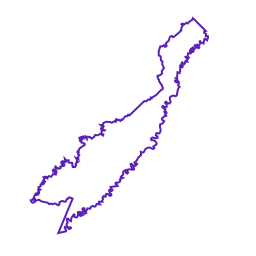 outline of San José Del Guaviare, Guaviare, Colombia, rotated 135°
{"feature_id": "7082276B34884302801431", "entity_name": "San José Del Guaviare", "entity_type": "district", "adm_level": 2, "iso_a3": "COL", "parent_name": "Colombia", "parent_adm1": "Guaviare", "projection": "albers", "projection_center": [-71.872, 2.469], "detail": "fine", "context": "isolated", "style": "outline", "palette": "violet", "viewbox_px": 256, "rotation_deg": 135, "n_neighbors": 0, "source": "geoboundaries", "source_scale": "gbopen_adm2", "svg_char_len": 5906}
<svg xmlns="http://www.w3.org/2000/svg" viewBox="0 0 256 256"><g transform="rotate(135 128 128)"><path d="M206.5,95.6L204.0,96.4L201.8,93.9L201.7,95.6L200.6,96.4L198.2,93.9L197.7,94.9L195.9,95.3L195.2,96.9L193.3,97.1L192.9,95.6L192.3,95.3L190.4,96.8L189.2,96.1L188.7,92.7L187.2,92.3L186.5,93.2L187.0,94.6L185.6,97.3L184.7,97.4L184.6,95.3L183.3,94.9L182.6,95.3L182.9,96.4L182.0,98.6L176.3,94.3L176.0,94.8L176.3,97.3L175.8,97.9L174.9,97.8L174.0,96.5L171.9,95.9L171.1,95.9L170.0,97.4L167.0,96.4L167.9,98.0L167.6,98.6L164.8,98.4L163.5,99.1L163.0,100.1L161.6,100.5L159.9,100.1L161.1,97.3L160.8,96.4L159.3,96.5L159.1,98.1L158.1,99.1L155.6,97.3L154.6,95.5L153.0,94.5L152.5,95.2L153.3,97.9L151.6,100.7L150.9,100.4L150.9,96.6L148.4,95.9L146.0,96.5L148.2,96.6L148.5,97.7L147.8,99.1L145.7,98.7L141.3,99.9L138.0,99.6L135.8,102.0L135.0,100.2L134.0,99.8L130.3,100.8L127.9,100.0L126.5,98.9L125.5,96.1L124.6,95.2L123.6,95.2L123.1,97.0L119.6,96.3L118.6,96.9L118.1,99.1L118.3,101.0L120.0,102.7L119.3,104.2L117.5,104.0L115.0,100.5L114.1,100.1L113.1,101.1L113.5,103.1L112.5,104.0L111.3,104.1L109.9,102.1L108.1,102.3L106.3,103.5L104.5,106.4L102.6,107.9L100.4,106.8L97.6,107.2L98.1,109.7L97.4,110.7L94.7,110.7L92.4,109.7L92.3,111.2L90.2,111.3L89.7,111.9L89.8,112.7L91.0,113.0L90.9,113.8L88.5,114.6L89.0,118.4L88.5,119.0L87.5,118.8L87.2,116.2L85.8,115.6L83.8,117.5L84.1,119.2L83.3,120.0L82.5,119.7L82.2,117.0L81.2,116.0L79.4,116.3L78.1,118.9L76.5,120.1L74.8,119.8L72.7,118.6L71.9,116.8L70.4,116.6L66.4,119.4L64.1,120.6L62.4,120.6L62.3,122.8L60.1,123.8L59.4,124.9L59.7,125.9L60.6,125.2L61.4,125.8L61.8,127.4L61.2,128.3L59.1,127.1L58.3,128.2L58.8,129.6L57.2,129.3L53.6,132.4L52.6,130.4L51.9,131.2L50.7,131.4L47.5,134.8L46.9,132.7L46.1,132.5L45.1,133.6L46.3,134.4L46.4,135.0L43.3,136.1L43.2,133.4L42.0,133.5L40.4,134.7L39.1,134.4L39.6,133.4L39.2,132.9L38.4,134.2L35.2,134.8L35.5,135.5L37.3,135.6L37.1,137.5L35.2,136.6L32.6,138.3L31.1,136.5L30.3,136.4L29.8,136.8L30.3,137.7L30.1,138.6L28.2,139.3L28.0,138.5L29.1,137.0L28.2,135.8L26.8,136.3L26.5,139.2L25.1,138.9L25.6,137.2L23.9,136.7L22.9,137.3L22.8,139.0L21.9,139.1L21.6,138.2L22.4,136.5L21.5,134.4L20.5,134.7L21.2,137.3L20.9,138.0L20.1,138.1L19.8,136.8L19.0,136.3L16.5,136.7L16.6,138.2L16.0,138.6L15.5,138.3L15.9,137.0L14.8,134.3L11.4,136.8L10.3,136.5L10.2,134.1L7.8,135.1L6.6,136.4L8.1,137.9L6.4,139.1L6.8,141.6L5.8,142.4L4.4,141.6L4.4,159.8L6.3,159.1L9.1,159.8L11.8,159.6L12.3,161.1L15.2,161.5L15.2,162.6L16.5,163.7L16.9,163.5L16.7,161.8L19.8,160.9L21.4,159.2L22.2,159.7L23.7,159.3L31.0,160.0L32.0,160.4L31.8,162.0L33.7,162.8L37.9,160.8L39.3,161.2L41.7,160.9L42.4,159.0L43.3,158.6L44.4,159.2L44.1,161.3L45.9,161.3L47.4,162.9L52.1,160.5L54.9,157.6L54.3,155.6L56.9,152.4L56.6,150.6L58.6,149.0L60.2,145.0L64.0,144.3L65.6,142.3L68.7,142.9L70.0,144.0L70.8,143.6L71.9,141.6L72.0,140.0L73.0,139.0L73.9,134.3L75.1,131.5L76.2,130.9L77.8,131.5L85.0,131.4L89.6,132.6L90.1,133.2L90.5,132.2L91.7,132.9L92.6,132.5L93.5,133.8L96.3,134.0L97.4,135.5L118.1,135.9L118.4,137.3L120.1,136.9L121.7,138.2L126.4,137.7L126.7,138.6L128.4,138.4L128.6,140.1L129.3,140.6L130.1,142.6L131.1,142.2L130.2,141.5L132.4,141.0L133.1,142.6L134.9,142.8L136.0,143.5L136.5,145.0L139.1,147.9L141.9,148.9L143.5,148.3L143.8,147.5L145.2,149.4L145.2,147.8L144.0,146.7L145.4,145.7L147.3,146.8L148.0,145.8L146.0,142.8L146.6,142.8L147.6,144.3L148.6,144.6L150.7,142.8L150.0,140.8L150.9,140.3L151.7,143.4L154.7,144.4L156.2,146.3L158.1,145.7L161.1,146.0L161.2,148.6L162.1,148.9L162.6,150.4L163.5,150.7L164.9,149.4L164.6,151.7L165.6,152.2L164.5,152.7L165.9,153.6L166.5,152.8L166.5,153.9L167.2,153.7L167.4,154.7L169.4,155.5L170.2,154.0L168.5,153.2L168.5,152.5L169.4,152.2L170.3,153.5L171.1,152.6L171.1,150.2L170.2,149.6L169.9,147.2L171.0,146.5L171.5,147.0L177.2,147.8L179.1,146.6L179.9,147.2L180.9,146.6L180.4,145.4L181.9,144.6L181.6,143.4L183.4,143.0L184.3,142.0L184.9,142.5L185.2,141.6L185.9,143.7L186.5,141.7L187.5,140.6L187.3,139.9L188.0,140.4L188.3,139.6L190.2,139.8L190.9,138.5L193.1,137.8L194.5,139.3L193.8,139.6L194.0,140.7L192.1,142.8L194.4,145.6L192.8,147.1L194.5,148.7L194.4,150.9L195.8,148.9L194.9,148.1L195.5,147.9L199.1,149.8L198.3,150.6L197.4,149.8L197.5,150.8L199.5,151.0L200.2,149.5L199.2,148.4L199.7,148.0L199.7,147.2L199.1,147.0L199.6,146.6L200.4,146.7L202.0,148.3L203.5,148.3L203.7,147.4L205.0,147.5L205.8,148.9L206.1,147.8L206.5,152.0L207.7,151.4L207.5,150.1L209.0,149.4L210.4,150.6L210.3,151.4L210.9,151.4L211.7,150.2L210.1,149.2L209.3,147.8L211.9,146.1L212.4,146.7L211.4,147.7L213.7,148.3L216.9,147.9L218.0,150.0L220.2,149.7L219.9,150.6L220.4,151.3L220.9,150.0L221.6,151.5L221.4,152.3L222.5,152.9L222.6,151.4L224.7,150.9L224.5,148.8L226.6,148.3L225.9,149.5L226.1,150.3L227.9,150.0L227.7,148.7L229.2,149.0L229.8,149.8L231.1,148.6L232.5,148.7L233.0,149.4L234.4,147.9L233.7,146.5L234.7,146.7L234.7,147.6L235.2,147.9L235.9,146.4L237.0,146.3L236.3,145.4L237.0,144.9L237.7,145.3L238.4,144.4L240.6,145.7L240.0,146.5L238.6,146.0L239.7,146.9L244.1,145.4L243.8,143.6L245.0,143.0L246.1,145.0L247.2,144.9L247.9,145.6L248.6,143.8L248.0,142.2L246.0,141.6L245.0,142.0L241.6,140.2L241.2,137.5L237.6,131.9L237.7,130.1L236.1,129.2L235.6,127.7L233.5,126.7L232.5,125.2L232.2,122.9L230.6,122.4L228.8,124.0L226.0,123.0L225.3,121.1L224.1,120.0L221.3,121.1L220.2,120.3L219.1,120.8L218.1,119.8L217.1,117.2L251.6,103.0L244.9,98.8L244.1,99.2L243.4,102.1L242.3,102.6L241.3,101.3L241.1,98.2L239.2,97.5L238.8,98.3L240.7,100.3L240.7,101.8L239.4,103.5L237.5,103.8L236.9,105.4L235.3,107.0L234.5,106.0L234.7,103.5L234.1,102.4L231.8,104.4L227.4,105.2L227.1,104.4L228.7,103.4L228.5,102.3L227.6,101.2L226.5,101.0L224.7,101.9L222.9,103.9L222.3,103.4L224.0,100.4L223.7,99.3L221.9,98.5L222.7,102.1L221.4,102.6L220.4,101.1L219.5,98.1L217.6,97.5L217.2,98.9L218.4,101.0L217.6,103.0L216.7,103.2L215.6,102.0L216.7,100.6L216.2,98.8L213.5,99.8L211.8,97.6L210.4,98.4L208.0,97.9L207.5,96.3L206.5,95.6Z" fill="none" stroke="#5b21b6" stroke-width="2"/></g></svg>